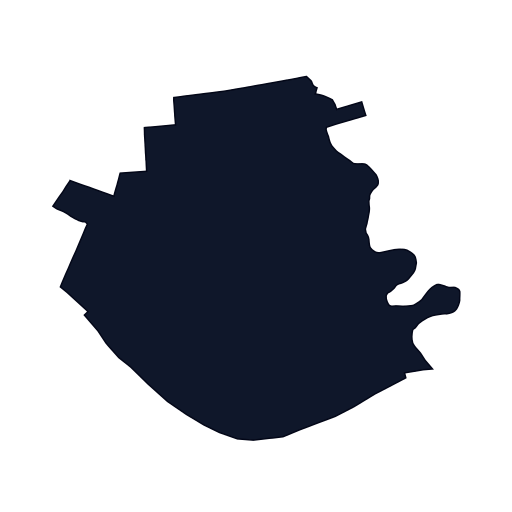 outline of Islaz, Romania, rotated 6°
{"feature_id": "2599482B76423000679583", "entity_name": "Islaz", "entity_type": "district", "adm_level": 2, "iso_a3": "ROU", "parent_name": "Romania", "parent_adm1": "", "projection": "albers", "projection_center": [24.743, 43.739], "detail": "fine", "context": "isolated", "style": "filled", "palette": "ink", "viewbox_px": 512, "rotation_deg": 6, "n_neighbors": 0, "source": "geoboundaries", "source_scale": "gbopen_adm2", "svg_char_len": 5611}
<svg xmlns="http://www.w3.org/2000/svg" viewBox="0 0 512 512"><g transform="rotate(6 256 256)"><path d="M345.0,91.7L328.4,98.6L322.1,101.2L321.5,101.5L321.0,101.9L320.4,100.7L319.5,98.9L318.8,97.2L318.3,96.5L316.7,94.3L315.6,92.7L312.7,91.6L309.0,90.4L307.0,89.8L305.7,89.5L304.1,89.2L302.6,89.0L301.7,88.9L299.4,88.7L297.9,88.6L298.3,87.7L298.5,85.6L299.1,82.3L298.2,82.1L297.2,81.7L296.1,81.1L295.2,80.5L294.7,79.9L294.4,79.3L293.9,78.6L293.5,77.7L293.1,76.9L292.7,76.3L292.2,75.8L291.8,75.5L287.4,72.2L283.3,73.4L281.0,74.1L279.9,74.4L279.8,74.5L279.5,74.7L279.2,74.7L278.3,75.0L277.7,75.2L277.3,75.3L276.7,75.5L275.9,75.7L272.7,76.7L271.6,77.0L268.4,77.9L268.2,77.9L266.6,78.4L264.3,79.1L253.6,82.2L250.4,83.1L243.7,85.1L240.6,85.9L236.8,87.0L233.9,87.9L233.2,88.1L232.3,88.4L231.3,88.6L230.0,89.0L229.9,89.0L227.7,89.7L226.3,90.1L225.9,90.2L223.6,90.8L223.4,90.9L221.8,91.3L220.7,91.6L220.4,91.7L218.5,92.2L218.4,92.3L218.2,92.3L215.9,93.0L214.7,93.3L214.3,93.4L213.8,93.6L212.0,94.1L208.4,95.1L206.5,95.6L201.2,96.8L200.4,97.0L200.1,97.1L199.5,97.2L199.1,97.3L195.9,98.1L193.7,98.6L192.4,98.9L188.3,99.8L182.5,101.2L180.2,101.7L176.4,102.6L175.3,102.9L175.1,102.9L171.8,103.7L170.2,104.0L166.9,104.8L164.7,105.4L162.1,106.0L159.1,106.7L157.7,107.0L157.9,109.6L159.0,115.5L159.9,120.8L160.2,122.4L160.4,123.4L160.6,124.9L161.3,128.6L161.7,130.8L162.2,133.4L162.3,134.0L162.2,134.0L160.0,134.4L154.7,135.5L141.7,138.1L137.0,139.0L136.9,139.0L136.7,139.0L133.5,139.6L133.1,139.7L132.8,139.7L132.1,139.9L131.6,140.0L131.6,140.3L132.0,143.0L132.4,146.1L132.4,146.4L132.6,147.5L132.8,148.7L132.8,148.8L132.8,149.0L132.9,149.3L133.4,152.3L133.4,152.5L134.0,156.0L134.1,156.5L134.2,157.4L134.7,160.4L135.1,163.1L135.3,164.4L135.4,165.2L135.5,165.3L135.5,165.5L135.6,166.0L136.0,168.3L136.4,170.9L136.5,171.9L136.6,172.2L136.8,172.8L136.9,173.5L137.5,177.6L138.2,182.0L138.4,183.2L138.0,183.2L137.1,183.4L136.6,183.5L112.3,187.8L112.1,188.7L111.7,191.5L111.3,194.3L110.8,197.1L110.4,200.0L109.8,202.9L109.3,205.7L108.8,208.6L108.4,211.4L106.1,210.9L101.4,209.7L96.7,208.6L92.0,207.4L87.4,206.3L82.9,205.1L78.2,204.1L73.5,203.0L68.7,201.8L63.2,200.4L63.2,200.5L62.6,201.7L59.8,206.9L57.3,212.2L54.2,217.6L48.8,227.7L50.1,228.4L51.8,229.3L52.8,229.8L53.6,230.1L56.0,230.8L58.5,231.5L59.8,231.9L62.8,233.2L64.5,234.0L67.8,235.9L69.7,236.7L71.4,237.5L72.6,238.0L73.8,238.3L76.2,239.3L76.5,239.3L77.8,239.6L80.0,240.0L81.4,239.9L82.8,239.9L85.0,241.8L85.0,242.0L83.5,246.3L81.8,252.2L80.0,258.1L78.2,264.0L76.4,270.0L74.4,275.9L72.5,281.9L70.7,287.8L68.8,293.5L65.8,303.3L64.7,307.2L71.9,311.9L94.8,328.8L91.5,332.7L106.6,346.9L115.9,358.2L118.7,360.9L130.2,371.4L136.5,375.4L143.1,379.6L161.9,394.5L183.2,409.9L203.3,420.8L222.2,429.6L238.2,435.4L256.7,439.8L272.6,439.4L289.0,435.7L291.8,435.2L301.8,432.9L317.8,424.2L334.8,415.6L351.6,407.2L369.2,395.6L388.6,380.8L405.1,369.9L417.7,361.5L417.5,360.9L415.9,356.7L434.3,351.6L443.3,349.9L435.1,342.1L429.8,335.5L426.6,332.5L424.4,330.5L422.8,328.8L421.0,326.4L419.9,323.0L419.4,320.0L419.3,316.1L419.4,314.7L419.5,313.6L419.7,312.8L420.1,312.2L420.9,311.6L421.8,310.8L422.9,309.1L424.2,306.9L425.0,305.9L428.1,303.0L430.5,301.2L433.0,299.3L435.6,297.9L437.8,296.8L441.0,295.8L447.1,294.2L450.1,293.6L451.6,293.6L454.4,292.7L456.5,291.8L457.8,291.1L459.3,289.9L460.3,288.6L461.0,287.6L461.8,285.6L462.4,283.8L463.0,281.0L463.2,278.8L463.0,277.0L462.8,273.9L462.6,271.7L462.4,270.2L462.2,269.7L461.6,268.7L460.9,268.0L459.7,267.4L457.9,266.7L457.2,266.5L455.9,266.5L453.3,266.9L451.6,267.1L450.6,267.1L449.2,266.8L448.4,266.7L447.8,266.6L447.1,266.2L442.0,265.3L440.5,265.2L438.9,265.5L437.6,266.3L436.1,267.4L434.3,268.9L432.6,270.8L431.0,272.9L429.6,275.1L426.9,279.6L425.5,282.1L423.2,284.4L420.0,287.0L418.1,288.4L416.5,289.0L411.2,290.1L407.2,290.7L403.9,290.8L400.4,291.0L397.4,291.6L396.2,291.8L394.9,291.6L394.0,291.3L393.2,290.7L392.4,289.7L391.2,287.8L390.0,285.0L389.8,283.5L389.6,282.4L389.7,281.3L390.1,280.4L390.7,279.2L391.4,278.5L392.6,277.8L393.7,276.9L395.9,274.5L396.9,273.3L398.3,270.8L399.4,269.7L401.0,268.7L402.9,268.0L404.7,267.1L407.5,265.3L408.7,264.3L410.0,262.8L414.3,256.2L415.4,253.6L415.8,251.8L415.9,250.0L416.1,247.4L416.2,246.1L415.4,243.0L414.5,240.5L413.2,238.7L411.2,237.2L409.1,236.0L405.5,234.4L404.1,234.2L402.6,234.0L400.5,234.1L397.4,234.4L393.2,235.2L387.8,236.9L380.6,239.3L378.6,239.9L377.1,240.0L376.1,239.9L375.1,239.8L374.3,239.6L372.9,238.9L372.0,238.4L370.8,237.7L369.4,236.4L368.9,235.9L368.4,235.2L368.1,234.5L367.7,233.4L367.0,230.5L366.5,227.7L366.1,226.6L365.8,225.6L364.7,223.7L363.9,222.7L363.2,221.9L363.0,221.5L362.2,218.8L361.9,217.7L362.5,214.2L362.9,212.1L363.0,210.3L363.2,208.8L363.4,207.1L363.5,205.8L363.6,204.0L363.9,200.5L363.9,198.3L363.8,196.8L363.6,195.6L363.1,193.6L362.7,191.1L362.5,189.8L362.5,189.3L362.7,188.2L362.9,187.1L362.8,185.8L362.7,184.6L362.7,183.8L363.0,182.6L363.5,181.4L364.3,179.7L365.6,177.5L366.5,176.6L368.0,175.0L369.0,173.5L369.6,172.6L369.7,172.2L369.9,171.4L369.9,170.3L369.7,168.4L369.1,166.6L368.1,164.6L366.9,162.7L364.7,160.7L362.1,158.3L359.3,155.9L357.5,154.6L356.6,153.9L355.7,153.6L355.0,153.3L354.6,153.2L353.5,153.2L352.1,153.2L347.6,153.8L345.8,153.9L343.3,153.9L341.3,152.7L339.2,151.3L336.7,150.0L333.4,148.2L331.5,147.0L329.5,145.8L326.9,144.5L324.9,143.2L321.9,140.5L319.9,138.6L318.8,137.0L317.8,135.4L316.7,132.9L316.0,131.0L315.5,129.5L314.5,127.7L313.1,124.7L312.6,123.2L312.4,122.8L312.4,122.4L312.5,121.5L312.6,120.6L321.5,116.6L325.1,115.1L329.3,113.4L350.5,104.7L348.6,100.4L345.0,91.7Z" fill="#0f172a" stroke="#020617" stroke-width="1.5"/></g></svg>